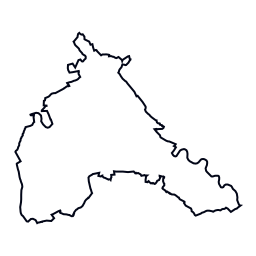 Blaj, Alba, Romania (Equal Earth projection)
{"feature_id": "2599482B66726389120043", "entity_name": "Blaj", "entity_type": "district", "adm_level": 2, "iso_a3": "ROU", "parent_name": "Romania", "parent_adm1": "Alba", "projection": "equal_earth", "projection_center": [23.921, 46.156], "detail": "fine", "context": "isolated", "style": "outline", "palette": "ink", "viewbox_px": 256, "rotation_deg": 0, "n_neighbors": 0, "source": "geoboundaries", "source_scale": "gbopen_adm2", "svg_char_len": 5717}
<svg xmlns="http://www.w3.org/2000/svg" viewBox="0 0 256 256"><path d="M72.9,216.1L73.5,215.3L73.9,214.0L73.5,214.0L74.4,212.0L76.1,209.8L77.3,209.2L77.6,208.7L78.6,208.1L80.7,207.5L82.3,206.2L82.7,205.7L84.4,202.7L84.8,201.5L85.4,200.6L86.3,199.5L87.0,199.0L88.1,197.8L88.5,198.0L92.1,193.1L91.7,192.4L90.8,189.2L90.5,188.8L88.8,181.3L88.5,177.5L89.4,176.2L92.2,174.6L92.7,174.1L99.2,172.8L98.4,175.9L100.9,176.5L101.7,175.8L102.3,175.6L102.3,176.1L103.6,177.5L105.0,177.9L108.5,179.6L109.0,179.3L110.2,179.4L110.6,179.9L111.1,177.7L111.4,177.4L111.2,174.9L114.5,174.6L114.0,171.3L116.2,171.6L122.9,171.6L128.0,172.1L133.7,171.5L135.3,173.3L136.0,172.8L136.7,173.4L138.1,173.0L140.6,174.4L141.4,175.8L144.1,175.2L144.1,175.4L147.0,175.5L146.3,176.1L145.9,177.2L145.9,177.9L145.6,179.4L145.6,181.9L147.5,182.2L147.8,181.7L148.6,181.1L149.3,182.0L151.0,183.4L151.5,183.1L152.4,183.4L152.6,183.2L152.9,183.4L153.1,183.4L153.3,183.1L154.2,183.5L154.5,183.9L155.1,183.8L155.6,183.4L156.6,182.1L157.2,180.8L159.1,180.0L160.2,177.6L159.6,176.2L159.6,175.8L162.6,176.6L163.5,176.5L164.2,177.0L164.1,177.8L163.2,178.8L163.1,181.3L163.8,183.2L164.3,183.7L164.3,184.0L164.2,184.2L164.3,185.3L162.8,187.1L162.7,187.8L162.4,188.1L162.4,188.3L162.9,188.9L165.4,190.6L165.7,191.3L166.3,192.0L166.8,191.5L167.3,191.6L168.6,192.7L168.9,192.6L169.3,192.8L169.1,193.1L170.2,193.9L170.8,193.8L171.1,194.1L171.7,194.4L174.5,194.6L175.9,195.5L178.4,197.5L178.9,197.6L179.3,198.6L179.9,199.3L184.5,201.7L184.6,202.1L184.0,203.0L185.7,205.6L191.0,208.5L191.5,209.7L191.7,211.3L193.0,212.1L194.0,213.3L194.8,215.0L195.7,215.6L200.8,213.6L201.8,212.8L203.8,212.2L206.3,210.9L207.1,210.7L209.3,210.7L212.3,211.3L213.1,211.7L213.5,211.6L214.4,210.9L216.0,210.3L217.7,210.0L218.7,210.0L219.9,210.3L220.6,210.3L221.7,209.4L223.0,208.9L224.0,209.0L225.3,208.4L226.0,207.7L227.7,208.6L230.9,211.9L235.3,209.0L236.8,208.6L237.7,207.7L240.6,205.5L239.4,205.3L238.6,203.8L237.2,200.1L237.4,197.3L236.8,193.6L235.4,191.1L232.9,188.9L231.8,186.8L231.1,185.9L227.7,184.5L225.9,184.5L224.4,185.3L223.3,187.1L222.1,187.5L220.9,187.2L219.0,183.8L218.7,181.9L219.2,179.2L219.2,177.5L218.8,176.2L218.2,175.8L216.7,175.7L214.9,175.8L212.7,176.5L211.4,176.4L207.0,172.0L206.1,170.8L205.6,168.3L206.9,165.1L207.2,163.0L207.1,161.6L206.4,160.4L204.6,159.3L203.3,159.0L201.9,159.1L200.9,159.6L198.5,162.4L197.1,163.3L195.6,163.6L193.5,163.3L189.7,161.2L188.3,159.8L187.3,157.8L187.5,153.9L187.2,151.8L186.4,150.2L184.7,149.2L183.7,149.1L181.5,149.7L180.0,150.6L176.4,156.1L175.5,156.4L174.2,156.1L173.0,155.0L171.9,153.0L173.9,150.5L175.9,147.3L174.0,146.1L174.9,145.5L175.7,144.2L170.1,141.8L169.0,141.4L168.0,141.4L166.2,140.7L160.8,137.5L160.4,137.1L160.0,135.3L156.7,132.0L154.5,129.2L156.5,128.9L156.9,129.0L157.3,129.4L158.0,129.1L162.2,128.9L163.4,128.0L163.9,126.7L163.1,126.2L162.2,126.1L162.2,125.4L162.0,125.2L160.1,124.8L159.8,124.3L159.9,123.7L159.7,123.4L158.1,123.3L157.2,122.6L156.9,122.3L156.8,121.6L156.4,120.8L156.5,120.4L155.6,120.2L151.6,117.2L150.1,115.8L149.4,114.8L148.0,113.8L145.8,111.6L145.0,109.6L145.5,108.8L145.7,107.4L145.6,106.6L142.6,102.0L137.6,95.8L136.5,96.3L134.4,91.8L127.5,83.5L126.2,81.6L125.3,81.1L122.6,78.7L120.8,76.1L119.7,74.1L118.3,72.7L118.9,71.6L119.2,70.3L119.8,69.2L121.5,67.2L122.3,64.7L122.9,64.5L124.2,64.7L125.4,65.1L126.1,65.0L128.5,62.6L129.3,61.1L130.4,59.8L130.5,59.3L129.8,59.1L129.1,56.1L127.9,56.4L122.6,59.9L122.2,61.0L122.0,60.2L121.4,59.5L118.5,57.0L117.3,57.6L117.1,57.8L116.2,58.1L114.9,57.6L113.7,56.8L112.6,56.7L111.5,56.2L110.8,56.1L109.0,56.3L109.2,54.9L108.5,54.7L106.5,54.4L102.4,54.5L101.1,55.3L97.1,51.2L96.6,50.3L96.1,50.0L95.6,50.0L94.2,50.7L93.1,47.4L92.4,44.2L90.5,44.7L89.2,41.6L85.1,39.6L84.5,39.2L84.4,36.6L82.7,34.3L81.5,34.6L81.2,34.5L79.8,33.6L79.3,32.9L78.2,33.8L78.0,34.4L77.6,36.1L77.6,37.0L74.1,41.2L73.6,41.6L74.1,42.5L74.8,44.3L75.4,45.3L78.4,48.1L79.0,48.8L79.6,50.4L82.1,53.1L82.4,53.9L83.4,54.7L85.0,55.6L85.4,56.1L85.7,56.6L85.7,58.3L85.4,58.8L84.3,59.7L83.1,61.3L82.6,61.5L81.8,61.3L80.4,59.5L78.5,60.1L75.2,67.5L72.6,63.6L68.0,64.9L67.8,68.1L68.2,70.1L69.5,72.6L72.5,72.2L78.7,71.0L78.8,71.5L78.5,71.5L78.6,74.0L80.2,77.0L79.2,77.8L78.0,79.1L76.7,79.9L74.9,80.6L74.1,80.7L71.4,81.9L69.6,82.2L67.1,83.0L67.4,83.6L68.5,84.6L68.4,85.1L69.1,85.5L69.3,86.0L68.2,86.3L67.5,86.1L66.3,86.7L65.3,87.6L64.3,88.0L64.0,88.5L55.4,93.1L54.1,93.1L51.9,93.6L50.7,94.5L49.6,95.8L48.5,96.7L45.2,98.1L45.2,99.3L44.9,100.4L43.9,100.8L43.7,105.4L46.5,105.6L46.5,105.9L45.4,105.8L45.2,106.4L44.7,107.3L41.8,110.4L41.8,111.1L47.0,110.9L48.7,114.5L50.5,119.5L50.9,119.5L52.4,123.9L49.5,127.1L47.7,127.7L45.8,127.1L43.1,124.4L41.2,121.3L41.5,118.8L41.0,115.5L38.5,113.2L36.1,112.8L31.7,114.1L30.5,114.6L30.7,115.2L32.3,115.4L34.0,114.8L33.6,117.5L34.2,122.0L33.8,122.2L33.0,123.4L32.3,124.9L30.3,125.9L25.6,127.1L25.4,128.0L24.8,128.8L24.8,129.4L23.8,131.4L23.7,132.3L23.4,133.2L22.9,133.6L22.9,133.9L22.6,134.3L22.8,135.3L22.0,136.6L21.4,137.3L21.4,137.8L20.7,138.9L20.5,140.8L20.0,141.5L19.2,143.4L19.2,145.3L18.1,147.3L18.1,147.8L17.4,149.6L15.8,151.0L15.4,151.9L20.6,161.3L16.8,163.6L16.8,164.5L17.9,169.2L18.7,171.6L19.6,177.2L20.2,179.4L20.5,179.9L20.9,181.5L22.0,184.3L22.3,186.4L22.3,187.0L21.4,190.1L21.2,194.8L21.2,199.4L21.0,202.3L20.2,207.1L20.6,211.9L20.9,213.3L21.7,215.0L23.1,216.2L26.7,221.3L28.1,221.6L30.9,219.0L32.9,218.8L35.4,220.0L35.8,220.4L37.2,223.1L38.1,222.6L40.0,222.3L40.4,222.0L42.1,221.9L42.2,221.5L46.7,220.6L51.3,221.0L54.1,218.2L51.6,214.7L53.3,214.0L58.4,211.2L60.2,210.5L60.5,211.1L60.0,212.4L60.1,212.7L60.5,213.0L61.6,213.3L63.5,214.2L66.5,214.4L68.4,214.9L69.5,215.0L70.0,215.4L71.6,216.2L72.9,216.1Z" fill="none" stroke="#020617" stroke-width="2"/></svg>